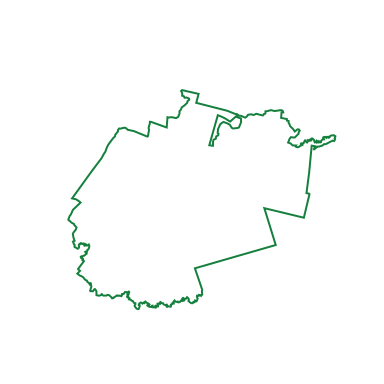 the district of Raca, Arges, Romania, rotated 316°
{"feature_id": "2599482B74938824194628", "entity_name": "Raca", "entity_type": "district", "adm_level": 2, "iso_a3": "ROU", "parent_name": "Romania", "parent_adm1": "Arges", "projection": "albers", "projection_center": [25.033, 44.43], "detail": "fine", "context": "isolated", "style": "outline", "palette": "green", "viewbox_px": 384, "rotation_deg": 316, "n_neighbors": 0, "source": "geoboundaries", "source_scale": "gbopen_adm2", "svg_char_len": 5949}
<svg xmlns="http://www.w3.org/2000/svg" viewBox="0 0 384 384"><g transform="rotate(316 192 192)"><path d="M254.6,288.2L274.8,275.3L275.1,274.9L275.0,274.5L273.6,272.3L289.9,259.3L310.3,241.8L312.4,244.7L309.4,245.8L309.4,246.1L313.9,246.6L315.1,247.7L318.3,249.2L320.2,249.3L321.5,250.5L328.8,252.7L329.8,254.1L331.1,253.6L331.8,253.2L331.8,252.6L333.9,251.5L333.4,249.6L332.9,249.5L331.6,248.1L330.0,247.7L329.0,248.2L328.2,248.1L327.8,247.7L328.2,246.8L327.5,246.3L326.4,246.3L326.7,245.6L326.0,245.2L325.9,244.7L324.7,243.9L323.8,244.2L323.8,245.3L323.5,245.8L322.7,245.0L321.1,244.8L320.3,245.0L319.5,245.7L318.7,245.4L318.6,243.8L317.4,244.3L317.0,243.9L317.4,242.8L316.3,242.8L316.8,241.8L315.3,242.0L314.8,241.6L314.9,241.4L315.7,241.3L315.2,240.6L315.9,239.4L315.9,237.7L315.6,236.9L314.8,236.5L313.9,237.6L313.1,237.6L312.9,237.3L313.2,236.5L313.1,236.2L312.7,236.1L311.9,236.6L311.4,236.4L311.7,235.5L311.6,235.3L310.6,236.1L309.1,236.3L308.9,235.9L309.3,235.1L309.1,234.7L309.6,233.8L309.0,233.3L306.2,234.4L305.7,234.1L305.2,234.3L305.3,233.7L305.0,233.5L304.0,234.7L303.8,234.3L304.6,233.1L304.4,232.9L303.7,233.0L303.2,233.9L302.5,234.3L301.3,233.8L300.5,233.9L299.6,233.6L298.7,232.7L298.1,231.4L298.3,230.6L298.9,230.6L296.7,228.3L296.7,225.7L295.5,223.2L299.3,221.5L301.3,221.3L303.1,223.6L303.9,224.2L309.2,224.1L310.0,223.3L312.2,222.6L312.3,221.1L311.3,220.2L308.0,219.9L308.5,216.4L308.3,214.2L308.4,212.5L309.3,210.9L309.4,209.6L310.8,208.0L309.9,206.6L310.9,205.4L307.6,200.6L311.6,197.0L312.9,198.1L313.5,197.0L313.5,195.9L312.6,194.7L307.7,191.2L305.6,187.9L302.3,186.1L300.9,185.0L299.6,186.3L299.0,186.5L297.8,185.8L296.6,186.3L295.9,185.9L292.5,180.3L290.4,179.7L289.6,179.1L288.6,177.3L286.0,175.4L283.6,175.8L282.2,175.6L281.8,175.1L280.1,171.2L278.8,169.6L278.5,167.7L277.5,168.4L276.5,168.6L276.2,169.0L278.3,173.1L275.8,175.9L270.6,178.2L269.1,177.5L265.6,174.8L265.2,173.4L265.9,169.9L265.1,167.2L263.3,163.5L261.3,163.0L259.3,162.9L254.5,164.8L251.4,167.4L251.4,168.7L250.2,169.4L248.1,168.8L246.1,170.2L244.3,169.5L243.3,169.6L242.0,170.5L239.2,173.3L236.9,170.4L263.9,154.7L265.3,157.7L266.8,161.7L268.3,167.8L275.9,168.2L276.6,168.5L277.5,168.2L278.1,167.6L273.7,157.9L257.0,130.8L264.9,126.0L255.6,111.8L254.3,111.8L253.8,113.6L253.0,115.0L251.8,115.8L252.7,117.7L252.1,118.8L252.2,119.2L253.6,120.1L254.8,122.7L254.5,123.4L254.0,123.7L252.0,123.5L250.6,124.5L246.8,124.5L243.4,124.0L240.9,125.1L239.1,125.2L237.4,127.0L234.1,128.4L231.8,127.7L229.5,124.2L226.7,122.0L226.3,121.2L218.6,128.0L211.2,113.0L210.5,112.3L208.8,113.7L206.1,115.2L205.2,115.9L204.2,117.5L199.3,121.1L198.7,121.3L198.3,121.0L192.5,107.8L189.0,102.6L188.9,100.4L188.5,99.3L187.2,98.2L184.8,96.9L183.7,95.7L181.8,96.0L180.8,97.0L176.6,97.5L175.3,98.5L172.5,98.5L164.6,99.8L161.1,101.1L157.5,102.9L155.6,103.2L150.6,104.8L134.3,107.4L101.3,113.3L103.5,116.7L104.3,120.1L104.5,122.2L94.0,122.1L89.3,124.0L87.3,124.3L83.8,126.0L83.6,126.6L84.0,127.8L84.0,130.0L84.9,133.2L84.4,134.1L84.3,137.3L82.1,138.4L78.7,138.8L77.2,139.3L74.8,142.9L73.7,145.5L71.9,145.0L71.4,146.5L70.9,147.0L70.9,148.5L69.7,149.4L69.3,150.2L69.9,151.3L70.2,153.2L71.1,153.7L72.5,153.2L73.7,151.5L75.1,151.2L75.6,152.2L75.9,152.2L76.6,151.7L77.1,152.4L77.6,155.0L78.2,154.9L78.6,154.3L78.8,154.6L78.7,155.0L77.6,156.1L78.5,156.5L79.2,156.3L79.0,157.2L79.2,157.6L81.3,158.0L80.9,159.2L79.4,160.5L77.7,161.2L76.4,161.0L76.1,161.4L74.9,161.9L74.2,161.1L73.6,160.9L73.5,161.5L74.0,162.6L73.4,163.2L70.0,162.8L69.6,162.4L68.5,162.2L68.0,161.5L67.0,161.3L66.7,161.7L66.5,162.5L67.1,163.0L67.1,164.6L66.6,165.0L66.1,164.6L65.8,164.9L66.3,166.4L66.2,166.7L56.6,168.2L56.4,168.7L56.7,170.9L52.8,171.1L53.3,174.3L53.9,175.5L54.5,177.7L54.2,180.2L54.3,181.5L54.8,182.4L54.8,183.0L54.3,183.7L54.6,185.4L54.3,187.4L55.5,186.9L55.8,187.3L53.9,190.1L50.1,192.3L50.1,192.8L51.8,194.6L54.3,194.1L54.7,194.4L54.5,196.5L54.2,197.1L51.6,199.9L53.1,202.0L54.5,202.8L56.1,202.7L56.2,202.9L55.8,203.6L56.4,205.1L58.7,207.2L59.6,207.2L60.7,208.5L60.9,212.0L60.6,212.8L61.2,213.4L61.7,213.7L62.2,213.4L63.1,213.8L66.0,214.2L66.2,214.8L66.8,214.9L67.3,216.0L68.1,216.3L68.7,217.8L69.6,217.8L70.8,216.8L72.1,217.9L74.2,217.4L75.3,218.4L75.4,219.3L77.3,219.7L77.2,220.5L75.7,221.0L75.2,221.7L74.9,221.7L74.3,221.1L73.7,222.3L73.0,221.9L72.5,222.2L72.5,223.4L73.3,224.2L73.3,224.7L72.1,225.5L73.2,226.9L73.0,228.2L73.7,229.2L73.3,230.9L73.3,231.7L74.0,232.7L73.4,233.4L72.0,233.7L71.4,234.5L71.1,237.3L71.7,238.6L72.5,239.1L73.4,238.7L75.1,237.8L75.7,237.1L75.2,236.4L76.0,235.8L76.9,235.6L78.3,235.9L78.8,236.6L78.8,237.8L80.1,237.9L80.3,238.8L81.1,238.9L81.0,238.2L82.4,238.4L82.4,239.8L82.7,241.0L83.2,241.9L83.3,243.4L82.8,243.5L81.6,242.4L81.1,242.5L81.1,243.1L81.2,243.7L81.8,243.9L81.6,245.0L82.9,246.5L84.0,246.0L84.7,246.4L83.9,248.0L84.7,248.5L85.5,250.0L86.0,250.0L86.5,248.5L87.0,248.6L87.1,249.4L87.9,249.9L87.8,250.4L88.2,250.7L88.8,250.3L89.2,248.9L89.6,248.4L90.6,249.1L91.2,250.3L91.8,250.1L92.2,249.3L92.6,249.1L92.9,249.2L93.1,251.1L93.9,252.0L93.5,253.0L93.7,253.7L94.5,255.1L95.6,255.5L95.4,256.4L94.2,256.7L94.2,257.1L94.5,257.5L95.4,257.6L97.0,259.7L97.8,259.4L98.3,258.5L99.0,258.4L99.9,258.9L100.7,258.4L101.4,259.5L101.9,259.1L102.2,258.2L104.1,257.9L104.0,259.4L104.9,260.7L105.6,260.9L105.5,261.9L106.0,262.3L107.3,262.7L108.4,262.4L108.7,262.9L109.0,262.9L109.0,263.3L110.6,264.5L111.3,264.5L111.9,263.7L110.8,263.0L111.0,262.6L110.7,262.1L111.4,261.8L112.1,262.1L112.3,263.7L113.6,264.6L115.4,264.2L115.5,265.0L115.2,267.0L113.8,267.9L114.0,268.6L113.8,269.5L114.2,271.4L115.2,272.4L116.8,272.0L117.1,272.2L117.0,272.9L117.2,273.0L117.4,272.6L118.1,272.7L118.9,272.2L119.4,273.7L120.5,273.4L122.1,272.5L122.3,271.7L122.7,271.3L122.7,270.8L123.6,270.1L124.7,271.3L125.2,270.8L125.6,270.8L126.2,271.9L126.5,272.1L126.4,273.0L128.2,272.8L129.7,270.7L131.4,269.5L141.1,248.9L215.4,288.3L232.8,253.9L254.6,288.2Z" fill="none" stroke="#15803d" stroke-width="2"/></g></svg>